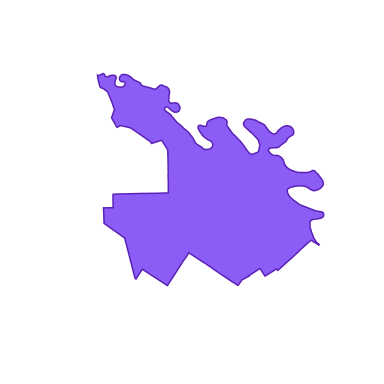 outline of Gherghita, Prahova, Romania, rotated 27°
{"feature_id": "2599482B3655847056384", "entity_name": "Gherghita", "entity_type": "district", "adm_level": 2, "iso_a3": "ROU", "parent_name": "Romania", "parent_adm1": "Prahova", "projection": "albers", "projection_center": [26.262, 44.787], "detail": "fine", "context": "isolated", "style": "filled", "palette": "violet", "viewbox_px": 384, "rotation_deg": 27, "n_neighbors": 0, "source": "geoboundaries", "source_scale": "gbopen_adm2", "svg_char_len": 5925}
<svg xmlns="http://www.w3.org/2000/svg" viewBox="0 0 384 384"><g transform="rotate(27 192 192)"><path d="M329.1,181.8L329.1,180.9L327.5,180.7L325.6,180.2L320.9,177.4L318.6,175.1L316.4,173.2L314.7,171.2L313.2,170.0L312.4,168.1L311.5,166.7L310.8,165.4L310.8,164.1L311.3,162.5L313.1,160.8L316.6,158.6L319.1,156.5L320.1,154.7L320.1,153.4L319.9,152.8L319.3,151.8L318.2,150.9L316.7,150.8L310.9,152.6L295.9,154.2L293.1,154.3L288.9,153.5L285.9,153.1L281.7,152.0L278.2,150.0L276.2,147.6L275.9,146.1L276.7,144.6L277.7,143.2L281.1,140.2L284.2,138.2L287.3,136.5L290.6,135.6L292.9,135.5L296.1,135.9L298.2,135.9L300.2,135.5L300.8,135.1L303.6,132.3L304.6,130.8L305.4,128.4L305.7,126.7L305.3,125.1L303.9,123.1L302.1,121.9L296.1,118.9L294.7,118.6L291.4,117.4L289.8,118.0L287.9,120.6L285.4,122.6L278.5,126.0L276.3,126.7L273.2,127.2L269.7,127.5L267.0,127.3L265.0,126.9L263.0,125.8L261.5,124.8L260.2,123.6L258.7,121.9L255.9,120.7L254.1,120.4L251.3,120.6L250.1,121.5L248.7,122.1L247.0,122.4L245.7,122.3L244.8,122.1L244.4,121.9L243.6,121.6L241.4,120.6L241.0,120.0L241.2,118.4L242.1,117.1L243.0,116.5L247.5,114.0L248.8,112.7L251.0,107.6L252.7,104.6L252.9,102.3L253.3,99.5L254.2,97.9L255.8,95.6L256.1,94.6L255.8,93.1L254.9,91.6L253.6,90.4L252.5,89.7L250.9,89.1L249.9,89.0L246.9,89.6L246.3,89.9L244.7,91.2L243.4,92.9L242.3,94.7L240.9,98.2L240.5,101.2L240.2,101.7L239.2,102.7L238.1,103.5L237.0,103.5L234.6,103.1L232.4,102.5L226.2,99.3L223.9,99.1L220.2,99.3L216.2,99.1L211.6,100.2L208.5,101.6L207.0,103.5L206.5,106.8L207.1,108.3L208.6,109.6L215.5,111.7L219.3,112.5L227.0,115.3L228.7,117.0L231.1,119.3L232.8,125.5L232.5,126.7L228.9,130.8L227.3,131.5L224.7,131.1L222.9,130.3L217.0,127.1L213.5,125.4L206.5,122.9L201.4,121.4L192.7,116.8L192.1,115.7L191.8,114.3L191.4,113.5L190.8,112.8L189.3,112.1L186.4,111.8L183.8,112.5L181.4,113.5L177.5,117.3L175.4,119.6L174.1,121.9L174.0,123.5L174.5,125.2L174.9,126.2L174.4,127.3L173.5,127.7L171.5,128.4L169.0,128.7L167.9,129.7L167.7,130.8L168.3,132.2L171.1,134.4L176.0,137.0L177.9,137.5L180.6,138.0L182.5,138.2L184.5,138.1L186.2,138.2L187.4,138.7L188.5,139.7L189.2,140.8L189.5,142.0L189.5,142.7L189.5,143.5L188.3,145.5L187.0,146.8L183.7,148.4L182.3,148.4L180.4,147.6L174.7,147.2L172.7,146.6L171.5,145.8L169.9,144.5L167.3,143.0L162.8,140.8L160.7,140.1L155.5,139.0L152.6,137.9L147.4,136.9L140.3,134.0L137.6,132.7L136.2,132.4L133.4,132.1L132.1,131.9L130.2,131.0L129.6,130.3L129.7,129.3L130.3,128.1L131.0,127.6L132.2,127.4L137.0,128.7L139.6,128.9L140.9,128.5L142.5,127.5L143.4,126.3L143.6,124.9L143.4,123.2L142.5,121.6L141.4,120.8L140.1,119.9L138.3,119.6L136.2,120.3L134.8,121.4L133.4,122.3L131.7,122.4L130.2,121.8L129.2,120.4L128.7,118.2L127.8,116.8L126.7,113.1L125.1,111.2L123.5,110.3L121.9,109.9L119.6,110.3L117.5,110.3L116.4,110.4L115.1,111.4L113.1,116.3L112.0,117.5L108.4,118.0L100.0,119.8L97.6,119.6L96.6,118.3L89.4,118.4L88.4,118.2L86.3,117.6L84.2,117.2L83.0,117.1L81.7,117.1L79.4,117.6L78.2,118.0L77.0,118.7L76.2,119.5L75.8,120.4L75.6,121.2L75.5,121.9L75.5,122.4L75.6,123.2L75.8,123.9L76.1,124.4L77.1,125.3L78.3,125.7L79.1,125.7L79.7,125.6L80.4,125.1L80.9,124.7L81.5,124.5L81.8,124.6L82.2,124.7L82.8,125.2L83.3,126.1L83.5,126.8L83.4,127.9L83.3,128.5L83.0,129.2L82.3,130.0L81.5,130.6L79.8,131.4L78.8,131.8L77.7,132.1L76.8,132.2L76.0,131.9L75.4,131.8L75.0,131.5L74.5,131.1L73.9,130.3L73.6,129.7L73.3,129.1L73.2,127.9L72.9,125.7L72.7,124.8L72.3,124.1L71.8,123.6L70.7,123.3L69.8,123.3L69.0,123.6L67.4,124.6L66.8,124.9L66.2,125.5L65.3,126.6L64.8,127.3L63.9,128.2L63.4,128.4L63.1,128.4L62.7,128.3L61.7,127.8L60.8,127.1L60.2,126.9L59.3,126.7L58.9,126.9L57.9,128.2L56.1,130.3L55.3,131.1L54.9,131.0L56.9,134.0L60.4,138.0L62.0,139.8L63.4,140.4L63.9,140.4L64.5,140.4L65.3,140.2L65.9,140.2L67.1,140.3L67.8,140.5L68.8,140.6L70.0,140.8L70.4,140.9L71.1,141.0L71.7,141.4L72.9,142.4L73.9,143.2L75.2,144.4L76.0,145.1L76.8,145.7L77.3,146.2L78.1,146.7L78.8,147.4L82.3,150.7L85.4,153.7L86.3,160.1L86.6,162.4L95.1,168.1L95.3,168.1L95.9,168.4L96.9,167.0L98.3,165.2L101.0,164.5L107.5,162.9L108.6,162.9L108.8,162.8L110.7,163.1L113.9,163.5L116.3,163.8L126.1,165.2L128.8,165.6L131.4,165.9L131.9,166.1L134.0,167.1L136.9,164.2L141.2,159.9L141.5,159.6L141.7,159.8L143.8,161.0L146.2,162.5L147.0,162.9L148.4,163.7L150.0,164.7L151.0,165.3L151.3,165.7L152.1,167.1L154.9,172.1L157.2,176.5L158.8,179.4L159.0,179.7L159.1,179.8L159.1,180.0L159.3,180.4L159.8,181.3L160.0,182.0L160.4,182.7L160.6,183.0L160.9,183.4L161.2,183.9L161.5,184.5L161.7,185.0L161.9,185.3L162.0,185.6L162.2,185.9L162.4,186.5L162.9,187.5L163.8,189.3L164.5,190.5L165.3,192.0L165.7,192.6L166.0,193.2L166.6,194.4L167.3,195.7L168.0,197.1L169.6,200.3L171.3,203.6L169.1,204.8L164.1,207.5L162.4,208.5L159.8,209.8L158.0,210.8L154.7,212.5L152.9,213.5L151.3,214.3L149.0,215.5L140.3,220.2L133.9,223.7L132.4,224.5L132.1,224.6L122.7,229.8L122.9,230.5L124.3,233.1L125.1,234.8L126.5,237.3L128.4,241.0L128.8,241.9L127.5,242.5L127.1,242.7L124.9,243.9L121.6,245.6L120.3,246.3L121.6,248.6L123.0,251.0L125.8,256.1L127.9,259.9L152.9,263.6L153.3,264.1L154.5,265.4L158.2,269.5L162.4,274.3L174.8,288.4L179.7,294.0L180.1,294.4L180.6,294.7L181.2,295.0L181.6,295.0L181.7,294.8L181.6,294.5L182.8,283.4L187.8,283.9L192.1,284.4L195.1,284.7L195.3,284.7L195.6,284.7L197.4,284.9L198.1,285.0L200.9,285.3L211.9,286.5L212.3,286.6L212.6,286.5L213.3,279.6L213.4,279.2L213.4,278.7L215.7,255.9L215.9,255.7L216.0,255.1L216.0,254.4L216.1,253.9L216.2,253.3L216.4,251.8L216.5,250.7L216.7,247.6L243.6,250.5L243.9,250.7L258.6,252.6L267.4,253.6L267.5,253.6L269.2,253.8L271.9,254.0L274.0,254.3L275.2,254.3L275.5,254.2L276.1,250.3L276.2,249.4L276.4,247.9L276.5,247.5L281.0,241.1L280.6,240.9L287.3,229.3L295.2,233.8L295.6,233.3L302.3,222.1L304.1,222.9L308.7,210.7L308.8,210.4L308.8,210.5L311.1,204.8L311.4,203.8L312.9,199.8L313.7,197.8L314.6,194.9L314.8,194.2L318.6,184.3L319.2,182.8L319.6,181.8L319.9,181.2L320.7,180.9L321.9,181.2L324.7,181.3L327.6,181.5L329.1,181.8Z" fill="#8b5cf6" stroke="#5b21b6" stroke-width="1.5"/></g></svg>